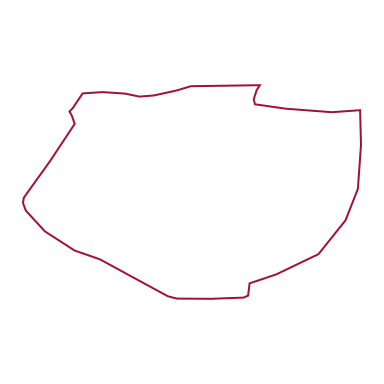 map outline of eSwatini (Equal Earth projection), rotated 270°
{"feature_id": "SWZ", "entity_name": "eSwatini", "entity_type": "country or territory", "adm_level": 0, "iso_a3": "SWZ", "parent_name": "Africa", "parent_adm1": "", "projection": "equal_earth", "projection_center": [31.569, -26.526], "detail": "fine", "context": "isolated", "style": "outline", "palette": "rose", "viewbox_px": 384, "rotation_deg": 270, "n_neighbors": 0, "source": "natural_earth", "source_scale": "50m", "svg_char_len": 604}
<svg xmlns="http://www.w3.org/2000/svg" viewBox="0 0 384 384"><g transform="rotate(270 192 192)"><path d="M272.5,69.5L275.7,72.6L290.6,82.6L291.9,102.4L290.4,125.1L287.4,139.4L288.5,153.6L293.3,175.8L297.8,190.9L298.8,259.8L293.7,256.6L284.6,253.7L279.7,255.0L275.3,285.8L271.8,331.7L273.8,360.1L239.1,361.0L195.2,357.9L163.8,345.6L129.9,318.5L109.6,276.2L100.7,249.6L88.4,248.1L86.4,243.6L85.2,211.1L85.4,177.0L87.7,167.9L110.5,125.9L124.7,99.8L133.5,74.5L152.7,44.8L173.4,25.8L181.0,23.0L186.3,23.8L222.7,49.9L260.1,74.7L268.2,71.9L272.5,69.5Z" fill="none" stroke="#9f1239" stroke-width="2"/></g></svg>